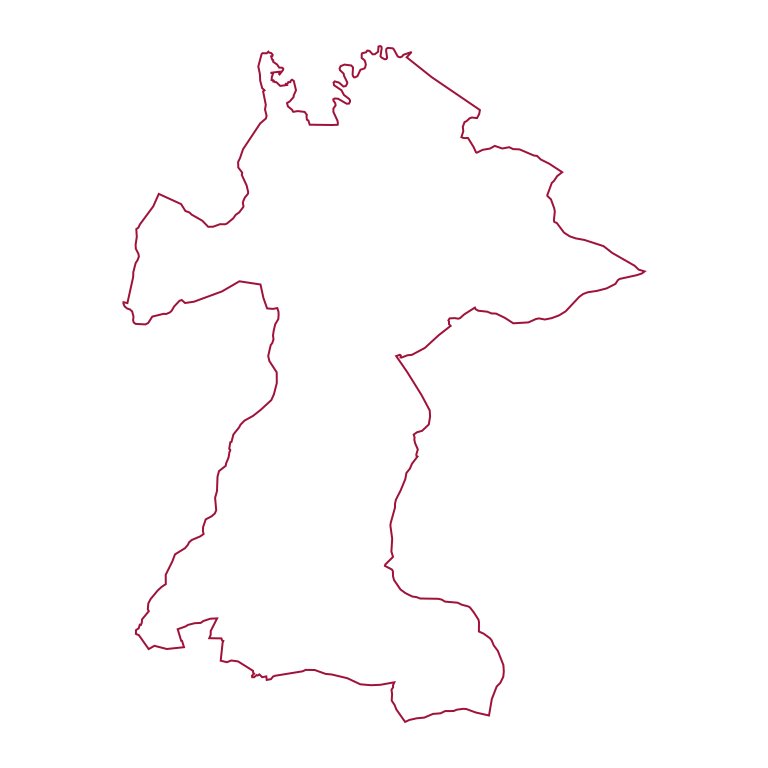 Cetatea De Balta, Alba, Romania (Natural Earth projection)
{"feature_id": "2599482B28912008723964", "entity_name": "Cetatea De Balta", "entity_type": "district", "adm_level": 2, "iso_a3": "ROU", "parent_name": "Romania", "parent_adm1": "Alba", "projection": "natural_earth1", "projection_center": [24.195, 46.219], "detail": "fine", "context": "isolated", "style": "outline", "palette": "rose", "viewbox_px": 768, "rotation_deg": 0, "n_neighbors": 0, "source": "geoboundaries", "source_scale": "gbopen_adm2", "svg_char_len": 6015}
<svg xmlns="http://www.w3.org/2000/svg" viewBox="0 0 768 768"><path d="M489.0,715.5L491.8,699.1L496.7,686.5L500.3,682.9L503.3,676.7L503.8,671.5L503.4,665.1L497.8,650.8L493.8,645.5L491.6,640.3L489.9,638.2L483.7,633.7L478.9,631.5L479.0,622.3L478.5,619.7L473.8,612.4L470.1,607.6L468.5,606.5L461.7,604.7L457.6,602.7L445.0,601.6L441.7,599.6L438.2,598.8L420.2,598.5L416.5,597.1L412.2,596.5L405.4,593.1L400.5,589.5L394.0,580.0L393.0,576.1L392.9,571.2L391.9,569.5L384.9,565.9L385.3,564.5L393.0,556.9L391.4,551.5L392.2,538.7L390.4,525.7L390.7,523.0L395.0,507.5L395.0,503.9L395.9,499.7L400.6,490.5L405.3,479.1L406.4,473.0L409.9,468.6L412.0,463.7L417.5,456.5L416.5,456.0L416.3,454.5L417.8,449.4L415.1,443.2L414.3,439.7L414.6,437.6L413.7,434.6L416.9,432.3L422.1,430.8L428.8,424.5L430.1,416.4L429.7,410.4L421.5,395.0L407.3,372.2L396.2,356.1L399.8,354.8L400.8,355.5L400.5,357.4L401.4,357.6L407.4,355.3L412.0,354.8L424.9,347.9L438.7,335.2L450.6,325.9L449.0,324.1L449.0,321.5L448.4,320.4L449.6,318.4L454.7,318.1L458.3,318.7L460.1,318.1L464.2,314.4L474.9,307.6L475.6,309.2L478.2,310.7L487.3,311.7L491.4,313.4L496.1,313.6L504.8,317.8L513.3,323.3L528.4,322.4L536.0,319.0L538.9,318.4L544.9,319.5L551.8,318.1L559.0,315.4L565.6,311.4L579.3,296.8L583.1,294.0L588.0,292.2L596.9,290.9L606.6,288.4L615.4,283.9L618.0,280.0L619.8,278.9L637.0,275.1L642.0,273.4L644.6,271.4L638.6,269.6L634.7,265.8L612.2,252.9L603.5,246.1L584.2,239.9L575.8,238.4L569.7,236.3L564.0,232.6L556.9,223.1L554.3,221.9L553.9,220.6L554.8,211.5L554.2,208.3L551.0,199.4L547.4,196.0L547.3,195.1L551.8,182.9L553.8,181.1L557.1,176.2L562.2,172.2L549.2,163.7L540.8,159.5L537.0,155.9L533.8,155.5L519.6,149.4L513.1,149.1L509.2,147.2L502.3,148.5L494.8,145.9L489.9,148.6L482.7,149.8L476.8,152.7L476.0,152.3L473.5,146.9L468.0,138.0L463.8,138.1L461.4,137.2L463.3,131.3L462.8,126.8L464.6,122.0L466.5,121.2L469.6,118.3L471.8,117.5L477.0,118.1L479.2,114.0L479.9,110.0L431.6,77.1L406.7,57.3L411.6,52.0L403.4,54.8L402.1,56.5L400.2,57.3L399.1,57.1L397.7,56.4L393.8,49.3L392.7,48.3L387.7,47.9L386.4,48.9L386.1,50.9L387.1,57.6L386.4,59.0L384.7,59.3L381.3,57.4L380.5,56.2L381.7,48.0L381.4,46.8L380.4,46.1L378.5,46.5L378.1,51.7L374.9,54.2L372.6,54.3L369.5,50.9L367.2,50.6L366.1,52.3L362.2,53.2L361.7,54.1L361.7,58.0L364.6,60.3L365.5,62.9L365.8,64.6L365.1,67.5L364.5,68.4L360.4,69.8L357.5,76.1L354.9,77.4L353.8,77.2L353.0,76.0L352.6,74.6L353.0,67.4L351.3,65.5L344.5,64.6L340.6,66.2L339.6,68.4L340.0,70.2L343.6,73.6L344.1,76.0L347.3,82.4L347.1,83.7L345.7,86.1L343.4,86.5L339.0,82.6L334.7,81.4L333.6,82.6L334.0,85.2L341.4,90.2L344.0,95.0L349.1,98.9L350.0,100.3L350.0,101.7L349.0,103.6L346.6,103.7L338.0,98.7L334.7,98.5L333.3,99.3L333.5,100.7L335.2,103.1L335.6,105.4L333.4,108.5L333.4,111.9L337.5,120.8L337.9,123.3L337.6,124.8L331.8,125.0L309.7,124.7L308.4,120.5L306.9,119.7L306.5,116.1L306.9,114.9L304.6,111.9L297.7,111.1L293.5,111.8L292.9,111.6L292.2,109.9L287.9,106.4L287.0,103.0L289.7,101.5L293.6,97.0L293.7,95.5L296.0,90.3L293.8,81.0L292.1,79.7L290.8,80.6L290.3,82.2L288.3,82.1L287.5,83.8L285.8,83.8L285.6,84.5L286.3,85.1L280.2,85.9L276.4,82.2L274.9,82.1L273.8,80.8L273.3,81.3L272.9,80.2L271.6,80.1L271.8,77.2L273.0,73.6L270.6,72.8L279.6,71.7L279.1,73.9L279.6,74.4L283.1,69.9L283.2,68.5L282.0,67.7L279.2,67.6L277.1,64.5L273.2,61.8L273.2,60.2L272.3,59.8L271.1,56.3L272.4,56.0L272.7,54.8L271.2,53.1L269.1,52.6L268.4,51.7L266.7,53.3L262.5,53.2L261.6,54.1L258.3,66.5L259.9,74.1L260.2,80.7L262.2,88.2L264.5,90.3L263.1,91.4L265.8,104.8L265.0,109.5L266.6,115.8L265.9,118.5L260.2,123.4L243.0,149.3L240.0,158.1L238.1,162.0L238.3,167.5L242.2,172.7L241.8,175.0L246.6,185.4L248.2,192.1L247.9,193.9L244.8,197.6L243.4,200.8L242.8,202.7L243.5,206.3L243.2,207.1L239.2,212.4L235.7,214.8L233.2,218.4L226.8,223.6L225.0,224.3L220.0,224.2L213.2,226.7L208.2,226.8L202.3,220.7L191.6,214.6L189.5,212.5L185.4,211.0L181.1,204.1L158.8,193.9L153.3,206.3L139.9,224.4L138.4,227.6L136.3,229.1L136.8,236.9L135.6,244.7L135.8,248.7L138.4,253.8L138.9,256.5L137.7,259.8L135.6,263.2L133.3,272.2L133.2,276.9L127.4,303.1L123.5,302.2L123.4,303.6L124.7,306.5L127.3,308.6L129.9,309.4L132.2,311.5L133.5,316.7L133.1,320.2L133.7,322.4L135.6,323.9L145.3,324.4L148.2,323.0L152.3,316.6L163.7,313.8L166.1,314.0L169.9,312.4L171.7,310.7L174.1,306.5L179.5,300.8L181.7,300.0L185.1,303.0L194.0,301.7L222.0,291.4L239.4,281.3L260.5,284.5L263.4,297.9L267.1,308.4L272.9,308.9L277.3,308.1L278.5,311.8L278.6,314.9L278.3,319.1L275.2,324.3L273.7,330.7L273.0,335.5L273.5,339.3L272.3,343.0L270.7,345.1L268.2,356.0L269.4,361.1L276.7,372.3L276.8,383.1L273.9,394.3L271.3,400.1L260.4,410.1L253.0,415.9L244.5,420.6L240.5,424.7L239.3,427.1L233.4,434.5L231.5,441.9L230.3,442.3L229.2,448.8L230.2,449.7L230.2,450.7L229.5,451.8L228.5,457.7L226.2,463.1L225.7,465.8L219.0,471.1L217.5,476.8L217.0,491.0L215.1,497.8L216.2,510.3L214.8,513.5L211.6,516.3L205.7,519.4L203.1,527.1L202.9,531.0L203.6,534.0L200.2,536.4L191.7,540.0L188.9,542.5L188.1,544.5L185.1,548.1L175.0,554.4L172.3,561.5L165.7,574.8L165.8,584.1L161.6,586.9L157.6,590.6L150.5,599.2L148.3,603.5L147.8,609.2L148.8,611.2L142.1,619.3L141.8,622.7L140.9,624.9L139.8,624.7L138.7,628.3L136.0,630.1L135.9,633.9L138.9,635.2L148.7,649.1L154.4,645.8L166.8,649.0L184.0,647.2L182.0,640.8L181.2,640.8L177.7,629.2L185.4,626.5L188.0,624.9L194.7,623.2L200.7,622.9L203.4,621.0L210.4,618.7L217.1,618.4L210.7,631.0L210.7,634.7L209.3,638.2L221.4,638.4L222.2,640.6L223.3,640.9L222.6,642.8L220.7,660.7L226.9,662.2L231.3,660.5L238.0,661.4L253.0,670.8L253.2,672.8L254.1,673.7L252.0,675.7L252.2,677.2L254.2,677.2L256.5,675.1L257.7,675.5L259.4,674.4L262.2,677.2L266.3,676.4L266.7,679.9L271.0,679.1L273.1,676.5L274.9,675.8L302.6,671.3L305.7,669.9L314.7,670.0L325.6,673.9L331.8,674.5L347.3,678.2L360.3,684.3L371.1,685.2L380.4,684.8L394.3,682.3L393.0,685.3L393.1,687.4L391.5,689.7L392.1,694.2L391.7,700.6L394.6,705.0L396.3,709.4L405.1,721.9L409.5,719.9L416.7,718.3L424.3,717.6L433.0,713.9L440.6,713.3L445.0,711.1L453.7,711.0L456.7,709.7L463.4,708.8L466.5,709.1L475.8,712.5L489.0,715.5Z" fill="none" stroke="#9f1239" stroke-width="2"/></svg>